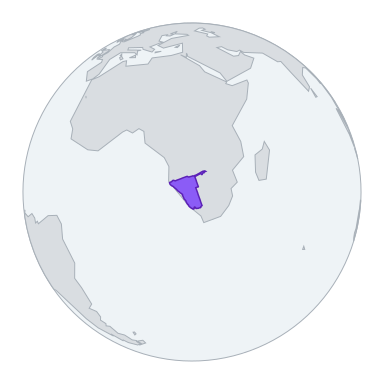 the Earth from above Namibia, rotated 340°
{"feature_id": "NAM", "entity_name": "Namibia", "entity_type": "country or territory", "adm_level": 0, "iso_a3": "NAM", "parent_name": "Africa", "parent_adm1": "", "projection": "orthographic", "projection_center": [18.141, -22.953], "detail": "fine", "context": "on_globe", "style": "filled", "palette": "violet", "viewbox_px": 384, "rotation_deg": 340, "n_neighbors": 0, "source": "natural_earth", "source_scale": "50m", "svg_char_len": 6794}
<svg xmlns="http://www.w3.org/2000/svg" viewBox="0 0 384 384"><g transform="rotate(340 192 192)"><circle cx="192" cy="192" r="169" fill="#eef3f6" stroke="#a8b0b8"/><path d="M26.4,158.3L28.5,151.9L27.8,154.4L29.5,159.2L34.2,157.5L35.3,162.7L34.4,167.6L36.7,166.6L36.8,169.3L48.7,165.0L57.0,167.7L58.3,177.4L54.3,192.0L57.5,218.7L52.2,233.0L55.5,244.1L59.4,263.0L55.6,266.1L61.5,271.7L63.4,278.1L62.2,281.1L66.1,286.3L65.5,288.4L68.9,290.1L74.1,299.4L79.8,303.4L85.2,310.5L89.0,312.6L88.7,313.4L90.1,315.4L92.3,317.0L88.7,317.2L80.7,311.7L76.7,307.5L76.3,308.1L67.2,297.6L69.0,300.6L57.4,287.6L49.4,275.0L33.1,242.8L30.7,238.0L29.0,236.0L27.9,232.1L25.4,219.9L23.8,207.6L23.1,195.3L23.3,182.9L24.4,170.5L26.4,158.3ZM96.8,318.0L90.1,317.9L92.9,317.5L89.6,313.4L95.1,314.5L96.8,318.0ZM89.4,306.8L88.7,303.6L90.1,303.9L90.9,306.2L89.4,306.8ZM210.3,24.0L216.1,24.9L215.2,24.6L218.6,25.2L218.9,25.2L230.6,27.5L242.1,30.6L253.4,34.6L264.3,39.3L274.9,44.8L285.1,51.0L294.8,57.9L304.0,65.5L312.6,73.7L320.7,82.5L328.1,91.8L334.8,101.7L340.8,111.9L346.1,122.6L350.6,133.7L354.3,145.0L357.2,156.5L354.7,147.0L356.8,156.9L359.5,171.1L360.5,184.0L359.6,176.8L358.2,165.3L357.0,159.8L355.4,150.6L350.7,134.7L349.6,133.7L347.9,128.4L341.2,114.3L338.6,112.9L335.7,119.8L338.4,133.3L336.0,137.2L325.7,113.2L320.1,99.7L317.0,98.9L305.8,85.6L288.3,78.5L285.3,75.0L282.1,75.3L274.2,70.6L269.4,65.5L264.8,64.8L277.5,78.6L282.4,79.7L285.6,76.5L288.3,81.2L295.9,87.4L289.4,95.7L262.6,99.9L259.1,89.7L234.3,63.1L234.6,60.8L234.5,60.5L234.1,60.0L232.7,63.6L228.2,59.2L242.3,75.9L245.0,83.4L262.2,100.4L260.8,101.7L266.1,105.8L281.9,105.5L282.2,108.9L275.2,123.4L252.5,143.4L255.1,161.2L252.7,176.4L237.5,185.3L237.9,198.2L229.9,202.1L228.8,209.6L221.9,217.3L210.6,224.7L192.6,224.8L192.2,217.6L184.3,204.3L173.7,173.9L179.0,160.2L177.7,150.2L164.6,130.0L167.5,118.6L163.8,114.3L156.3,116.2L151.9,111.4L147.3,111.9L117.8,121.2L108.5,116.7L96.5,100.7L101.5,91.9L101.8,84.0L136.1,52.3L144.1,51.9L171.8,45.8L175.4,46.3L172.9,51.2L194.4,56.7L200.4,52.4L219.1,56.6L231.0,57.5L233.9,48.9L214.4,47.0L210.2,42.7L225.3,40.7L242.3,43.6L241.2,42.1L229.8,37.5L233.1,36.0L225.8,36.0L229.2,37.6L224.8,37.9L221.4,36.5L222.6,35.8L217.3,34.8L212.6,38.9L215.6,41.0L202.1,41.3L205.7,45.1L202.3,46.8L194.8,41.2L195.1,39.3L181.7,34.8L180.3,36.6L192.8,41.3L189.1,40.9L187.3,44.3L185.8,41.5L172.6,36.7L160.0,39.3L145.0,49.5L137.4,51.8L130.6,51.7L134.9,43.1L151.4,39.2L153.2,36.9L148.9,35.0L154.3,34.2L154.5,33.2L160.7,32.2L168.4,29.1L174.5,28.3L176.7,26.1L180.1,25.6L177.9,26.9L179.6,27.7L194.6,27.1L197.3,26.7L197.5,25.5L201.6,25.8L199.8,24.8L208.1,24.9L196.6,24.1L196.5,23.5L201.0,23.4L198.9,23.2L191.6,23.5L190.6,23.9L193.0,24.3L188.3,26.1L183.3,26.7L180.4,24.8L173.0,25.7L173.9,24.5L185.7,23.2L198.0,23.1L210.3,24.0ZM125.2,65.4L124.5,67.7L125.2,65.4ZM261.1,52.4L270.7,55.4L264.9,49.3L268.1,50.1L264.9,47.9L264.4,48.8L256.5,43.5L260.0,43.5L258.1,41.5L254.8,40.5L249.5,41.5L260.8,48.9L259.2,50.3L261.1,52.4ZM28.6,151.5L28.7,152.4L28.1,153.6L28.6,151.5ZM150.1,30.4L152.5,30.3L150.5,31.4L142.8,33.8L145.5,32.0L150.1,30.4ZM156.3,30.0L155.5,28.2L160.3,27.2L157.7,28.0L161.0,27.4L157.7,28.7L163.0,29.9L161.7,31.1L148.1,34.0L153.3,32.2L150.7,32.2L156.3,30.0ZM179.1,44.4L181.8,44.4L185.9,44.0L184.8,46.4L179.1,44.4ZM169.9,41.0L172.3,40.5L172.7,43.2L169.9,43.4L169.9,41.0ZM173.2,38.3L172.4,40.3L171.2,39.3L173.2,38.3ZM180.0,26.6L182.5,26.3L182.9,26.6L181.7,27.1L180.0,26.6ZM230.8,49.9L227.6,51.3L225.7,50.3L227.2,50.0L230.8,49.9ZM205.3,47.9L211.3,49.3L204.9,48.6L205.3,47.9ZM278.5,281.2L278.3,284.5L276.3,283.8L278.5,281.2ZM279.2,179.1L266.2,205.3L258.9,204.0L258.5,195.1L263.9,178.7L272.7,175.7L277.2,169.2L279.2,179.1ZM359.0,217.7L359.4,213.2L359.6,207.4L360.0,205.6L359.7,212.5L359.7,212.9L359.0,217.7ZM359.9,205.2L359.6,191.9L356.0,162.6L357.4,165.6L360.5,186.8L360.4,188.5L360.6,198.0L359.9,205.2ZM339.0,135.0L342.2,145.2L340.7,145.3L339.0,135.0ZM327.1,293.4L328.2,290.6L330.7,286.0L333.7,282.3L343.1,265.8L342.6,267.2L347.4,257.4L347.6,257.9L341.7,270.3L334.9,282.1L327.1,293.4Z" fill="#d9dde1" stroke="#a8b0b8" stroke-width="1"/><path d="M206.7,176.6L207.3,176.5L207.9,176.4L208.6,176.3L209.1,176.3L209.2,176.2L210.5,176.4L211.1,176.5L211.5,176.8L211.9,177.3L211.0,177.3L210.6,177.4L209.9,178.0L209.7,177.9L209.4,177.7L209.1,177.8L208.8,178.0L208.4,178.2L208.1,178.4L208.0,178.5L207.5,179.0L207.4,179.0L207.2,179.0L207.1,178.8L206.9,178.4L206.4,177.7L206.2,177.7L205.9,177.7L204.9,177.8L204.1,177.9L202.8,178.1L201.5,178.3L200.7,178.4L199.9,178.4L199.9,179.0L199.9,180.2L199.9,181.4L199.9,182.6L199.8,183.8L199.8,185.0L199.8,186.2L199.8,187.4L199.8,188.6L199.8,189.2L199.7,189.3L199.3,189.3L198.4,189.2L197.6,189.2L197.0,189.2L197.0,189.9L197.0,190.8L197.0,191.6L197.0,192.5L197.0,193.3L197.0,194.2L197.0,195.0L196.9,195.9L196.9,196.7L196.9,197.3L196.9,198.6L196.9,200.0L196.9,201.3L196.9,202.6L196.8,203.9L196.8,205.2L196.8,206.5L196.8,207.8L196.8,208.2L196.5,208.2L196.0,208.4L195.6,208.6L195.5,208.8L195.3,209.0L195.0,209.0L194.9,209.2L194.9,209.4L194.9,209.5L194.6,209.6L194.3,209.6L193.8,209.4L193.2,209.4L192.4,209.5L191.9,209.4L191.6,209.2L191.2,209.1L190.9,209.1L190.6,209.0L190.2,208.9L190.1,208.7L189.9,208.3L189.9,208.2L190.0,208.1L190.0,207.9L190.0,207.7L189.8,207.5L189.7,207.5L189.5,207.3L189.4,207.1L189.2,207.0L188.9,207.1L188.7,207.3L188.6,207.5L188.5,207.9L188.5,208.0L188.4,208.2L188.3,208.3L188.2,208.2L188.1,208.3L187.7,208.6L187.3,208.5L186.5,207.6L186.2,207.4L185.7,206.8L184.7,205.1L184.5,204.8L184.3,204.0L184.1,203.4L184.1,203.0L184.2,202.8L184.1,202.6L184.0,202.3L183.6,202.0L183.5,201.0L183.2,200.3L183.3,199.7L183.2,199.2L183.1,198.9L183.2,198.2L183.0,197.5L182.6,196.8L182.2,195.8L182.2,195.4L182.2,194.2L182.1,193.7L182.1,193.1L181.9,192.5L181.9,192.2L181.9,191.9L182.0,192.0L182.2,191.7L182.2,191.4L182.0,190.6L181.6,189.9L180.6,188.7L180.4,188.2L180.2,187.8L179.1,186.2L178.6,185.1L178.3,184.1L177.9,183.6L176.2,180.4L175.8,179.9L175.1,179.3L175.0,179.1L174.7,178.6L174.2,177.8L174.0,177.1L174.0,176.2L174.0,175.6L174.5,175.5L174.8,175.3L175.1,175.3L175.3,175.4L175.6,175.4L176.3,175.4L176.6,175.2L176.9,175.1L177.1,174.9L177.4,174.8L177.8,174.6L178.0,174.6L178.3,174.7L178.7,174.7L178.9,174.8L179.1,175.1L179.5,175.4L179.8,175.5L180.1,175.7L180.2,175.8L180.3,175.8L181.0,175.8L181.5,175.7L182.1,175.7L183.2,175.7L184.2,175.7L185.3,175.7L186.4,175.7L187.5,175.6L188.5,175.6L189.6,175.6L190.7,175.6L191.1,175.6L191.9,175.6L192.7,175.6L192.8,175.7L193.0,175.8L193.3,176.2L193.6,176.5L193.9,176.7L194.3,176.8L194.6,176.9L194.9,176.9L195.5,176.9L196.2,177.0L197.0,177.1L197.8,177.1L198.3,177.1L198.6,177.3L199.0,177.5L199.3,177.5L199.8,177.5L200.3,177.4L200.8,177.4L201.0,177.5L202.0,177.4L202.7,177.3L203.7,177.1L204.6,177.0L205.8,176.8L206.7,176.6Z" fill="#8b5cf6" stroke="#5b21b6" stroke-width="1.5"/></g></svg>